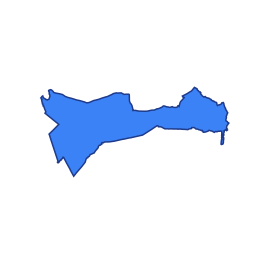 Podgoria, Buzau, Romania, rotated 119°
{"feature_id": "2599482B62775264936185", "entity_name": "Podgoria", "entity_type": "district", "adm_level": 2, "iso_a3": "ROU", "parent_name": "Romania", "parent_adm1": "Buzau", "projection": "equal_earth", "projection_center": [26.994, 45.465], "detail": "fine", "context": "isolated", "style": "filled", "palette": "blue", "viewbox_px": 256, "rotation_deg": 119, "n_neighbors": 0, "source": "geoboundaries", "source_scale": "gbopen_adm2", "svg_char_len": 5380}
<svg xmlns="http://www.w3.org/2000/svg" viewBox="0 0 256 256"><g transform="rotate(119 128 128)"><path d="M133.6,215.6L134.2,215.3L134.5,214.8L134.9,214.3L135.5,213.8L136.5,213.4L136.8,212.9L136.9,212.5L138.1,211.7L140.9,211.1L142.7,212.2L142.6,212.6L142.7,213.6L142.9,213.9L142.6,214.8L142.7,215.6L142.4,216.7L141.9,217.5L141.3,218.1L142.1,218.5L143.9,218.8L143.9,218.5L144.5,217.9L144.5,217.4L144.8,217.6L148.3,214.6L148.1,214.4L148.5,214.0L149.7,213.0L149.4,212.8L151.6,210.3L153.8,207.6L155.3,207.8L158.4,190.3L165.7,192.3L171.6,194.1L172.4,193.1L175.4,190.0L191.5,172.6L191.9,173.0L192.1,173.1L192.4,172.3L191.7,171.9L191.3,172.1L191.2,172.1L191.2,171.9L190.9,171.7L190.2,171.7L189.9,171.9L188.7,171.1L188.6,171.4L187.6,171.1L186.8,170.6L186.2,170.7L185.8,170.4L185.2,170.7L184.9,170.1L188.5,164.6L192.5,158.2L192.8,158.0L196.5,152.1L192.2,151.4L184.1,149.7L178.9,148.9L178.5,148.9L177.8,149.1L177.5,149.1L176.9,149.3L175.9,149.5L175.7,149.6L174.3,149.5L173.8,149.1L173.7,149.0L173.6,148.8L173.3,148.8L173.0,148.9L172.9,148.8L172.4,148.8L171.8,148.3L171.6,148.2L170.9,148.1L170.3,148.2L169.5,148.1L168.5,147.3L168.4,147.1L167.5,146.6L167.1,146.2L166.6,145.9L166.3,145.5L164.0,145.4L160.1,144.6L159.6,144.6L158.8,144.9L157.4,144.9L157.2,144.8L156.4,143.9L156.1,143.8L155.6,143.5L154.9,143.4L154.7,143.2L154.4,143.7L154.2,143.7L153.7,143.8L153.3,143.7L153.2,143.3L153.2,142.9L153.2,142.7L152.7,142.2L151.8,141.9L151.6,141.7L150.3,139.6L149.9,138.8L148.4,136.5L147.9,135.9L146.0,133.4L141.3,128.2L138.7,125.0L138.2,124.5L135.9,121.9L135.7,121.5L135.2,120.9L127.1,111.8L117.6,106.6L115.7,105.7L115.2,105.4L112.3,103.9L111.7,103.3L111.6,103.0L111.6,102.7L112.2,102.0L111.3,100.4L110.9,99.3L110.9,95.8L110.8,95.2L110.6,94.8L110.2,94.2L109.4,92.8L109.2,92.1L108.9,91.6L107.6,89.5L107.2,88.5L105.1,84.7L104.8,83.7L104.3,83.0L104.1,82.9L103.8,82.3L103.8,82.1L103.3,81.3L103.3,81.0L103.2,80.7L102.6,79.7L102.5,79.3L102.1,78.5L101.8,78.0L100.5,75.1L100.3,74.8L99.6,74.4L99.1,74.0L97.7,72.2L96.7,72.5L95.5,70.2L95.5,69.8L95.9,68.7L95.9,68.1L95.8,67.7L95.2,66.6L95.2,65.2L94.8,64.1L94.6,62.3L94.6,62.2L94.3,62.2L94.1,62.0L94.2,61.5L94.6,61.2L94.7,60.8L95.1,60.4L95.2,60.2L95.1,59.9L94.8,59.5L94.3,58.7L92.8,57.2L91.5,56.2L90.8,56.1L90.7,56.0L90.5,54.8L90.0,53.0L90.0,52.3L90.0,50.4L88.8,49.8L88.4,49.4L88.2,48.4L87.1,47.5L86.7,46.7L86.0,45.8L85.4,44.4L87.2,43.4L88.5,42.7L89.3,42.4L89.4,42.0L90.0,41.9L90.3,41.7L90.5,41.7L90.8,41.5L91.0,41.5L91.1,41.3L91.1,41.1L91.5,41.0L91.8,40.8L92.1,40.8L93.3,40.4L94.6,39.9L95.2,39.5L95.5,39.5L97.0,38.8L97.2,38.5L97.2,38.4L96.8,37.9L96.5,37.8L96.4,37.5L96.0,37.4L95.8,37.2L94.5,37.5L92.6,38.5L92.4,38.5L92.0,39.0L91.8,38.8L91.6,38.8L91.5,39.0L90.5,39.3L90.3,39.5L90.0,39.7L89.9,39.8L89.8,40.0L90.0,40.0L90.1,40.3L90.0,40.5L89.3,40.8L88.9,41.1L88.7,41.1L88.3,40.7L88.0,40.7L87.4,40.9L87.3,41.0L87.5,41.4L87.0,41.4L86.9,41.4L86.8,41.5L87.0,41.8L86.9,41.8L86.2,41.8L85.1,41.9L84.6,42.1L84.2,42.2L84.1,42.6L83.7,42.7L83.1,42.3L82.8,42.1L82.5,41.8L82.1,41.7L82.3,41.4L82.4,41.5L82.5,41.4L82.4,41.1L82.1,41.0L82.4,40.4L81.6,40.1L81.6,40.9L81.6,41.1L81.4,41.1L80.9,40.8L80.7,40.9L80.8,41.3L80.3,41.5L80.1,41.8L79.6,42.1L78.1,42.6L77.5,42.6L76.8,42.3L75.8,42.4L74.8,42.2L74.7,42.5L74.9,43.2L74.3,44.2L74.2,45.0L74.3,45.3L74.2,45.5L74.1,45.9L72.8,46.6L71.3,46.9L70.2,47.7L68.8,47.8L68.5,48.0L67.4,48.1L66.4,48.1L65.6,49.5L65.2,50.0L64.9,50.3L64.8,51.1L64.3,51.5L64.0,51.9L63.5,52.2L63.4,52.3L63.3,52.9L62.7,53.5L62.4,54.0L61.9,54.5L60.9,55.5L60.1,56.1L59.7,56.7L59.5,57.0L59.7,57.3L60.5,57.7L60.7,58.2L61.4,58.0L62.0,58.2L63.0,58.9L63.2,59.2L63.5,59.3L63.7,59.7L64.1,60.1L65.0,60.5L64.9,60.8L64.6,61.4L63.5,62.2L63.3,62.5L63.0,62.6L62.9,62.9L62.8,63.4L63.1,64.3L63.1,64.8L63.0,65.3L63.1,65.6L62.9,65.8L62.9,66.4L63.3,67.1L63.2,67.4L63.3,67.9L63.3,68.0L63.1,68.3L63.0,68.5L63.1,68.9L62.9,69.0L62.7,69.3L62.9,69.8L62.8,70.2L62.8,70.9L62.7,71.7L62.9,72.0L62.9,72.4L63.1,72.6L63.2,73.4L63.4,74.1L63.3,74.4L63.4,74.7L63.1,75.8L63.3,75.9L63.7,76.3L63.9,76.3L64.1,76.6L64.0,77.7L64.0,78.3L63.9,78.7L63.4,79.5L63.3,80.2L62.9,81.0L62.0,81.3L62.2,81.7L61.5,82.3L61.8,82.7L61.8,83.2L61.7,83.5L61.5,83.8L61.5,84.1L61.3,84.5L61.2,84.9L61.2,85.2L61.1,85.7L60.7,86.2L60.4,86.3L60.3,86.6L60.3,87.2L60.2,87.5L60.3,87.7L60.3,88.1L60.2,88.4L60.2,88.6L60.4,88.9L60.3,89.6L64.8,90.4L66.1,91.2L69.2,92.9L73.7,95.9L73.8,95.6L74.0,95.3L74.1,95.0L74.3,95.0L74.3,94.8L74.2,94.7L74.2,94.3L74.0,94.0L74.1,93.6L76.7,94.1L78.5,94.6L80.0,94.8L80.7,94.7L84.4,93.8L84.1,94.6L84.1,94.9L84.2,95.0L84.3,95.1L85.4,95.1L85.8,95.2L86.4,95.6L86.7,95.9L87.7,97.8L87.9,98.4L87.9,99.7L89.6,101.2L89.8,101.5L90.2,103.4L90.7,104.3L91.1,106.8L91.5,107.6L91.8,107.9L93.7,108.6L94.4,109.3L95.5,110.0L96.8,111.3L97.3,112.1L99.4,113.5L100.9,115.9L102.9,118.2L103.7,119.0L105.2,121.4L108.0,126.8L109.0,130.0L110.3,132.2L109.4,132.5L109.4,132.8L108.8,133.2L106.5,135.4L105.6,136.7L105.2,137.9L104.9,138.4L104.3,139.1L103.9,139.6L103.4,140.0L98.3,143.0L98.0,143.6L99.4,146.1L100.5,147.7L100.6,151.0L102.6,154.2L102.8,155.0L103.6,156.0L105.1,157.6L106.1,158.1L110.5,161.3L111.7,162.6L114.5,165.3L117.2,167.6L118.8,169.3L120.6,171.3L124.5,174.3L126.0,176.2L126.4,179.1L127.6,184.1L128.3,186.2L129.4,191.6L130.5,195.8L130.7,197.6L130.8,198.5L130.5,201.4L130.6,201.9L131.2,204.3L132.6,208.5L132.9,210.2L132.3,211.3L131.8,213.3L132.1,214.5L133.6,215.6Z" fill="#3b82f6" stroke="#1e3a8a" stroke-width="1.5"/></g></svg>